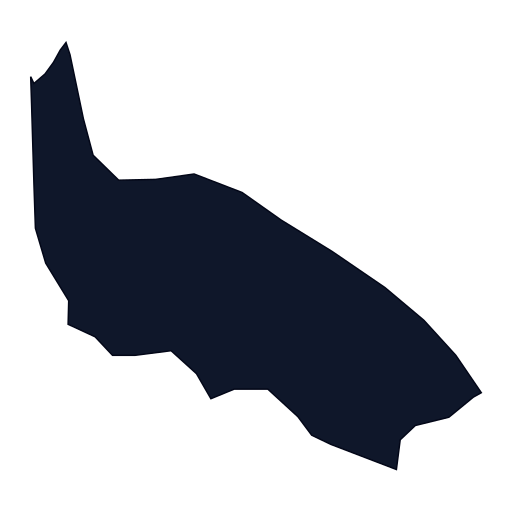 the border of Žabljak
{"feature_id": "MNE-1520", "entity_name": "Žabljak", "entity_type": "Municipality", "adm_level": 1, "iso_a3": "MNE", "parent_name": "Montenegro", "parent_adm1": "", "projection": "equal_earth", "projection_center": [19.145, 43.143], "detail": "fine", "context": "isolated", "style": "filled", "palette": "ink", "viewbox_px": 512, "rotation_deg": 0, "n_neighbors": 0, "source": "natural_earth", "source_scale": "10m", "svg_char_len": 621}
<svg xmlns="http://www.w3.org/2000/svg" viewBox="0 0 512 512"><path d="M33.9,83.5L45.0,74.0L53.5,62.3L60.3,50.0L66.0,42.5L70.0,54.7L83.4,118.8L93.1,155.2L118.7,180.2L155.6,179.4L194.1,174.0L242.1,192.5L281.2,220.1L332.2,251.5L385.0,287.6L423.9,320.3L455.8,355.3L481.3,392.7L473.4,397.1L448.9,417.2L415.3,425.5L400.2,439.8L396.4,469.5L330.9,444.4L311.7,435.2L297.9,416.7L267.8,389.1L234.2,389.1L210.9,398.7L196.5,373.7L171.1,350.7L135.2,355.3L112.5,355.3L95.1,336.8L68.1,324.3L68.7,300.7L45.7,263.1L35.4,228.2L34.0,186.3L31.6,105.3L30.7,77.1L30.7,76.7L33.9,83.5Z" fill="#0f172a" stroke="#020617" stroke-width="1.5"/></svg>